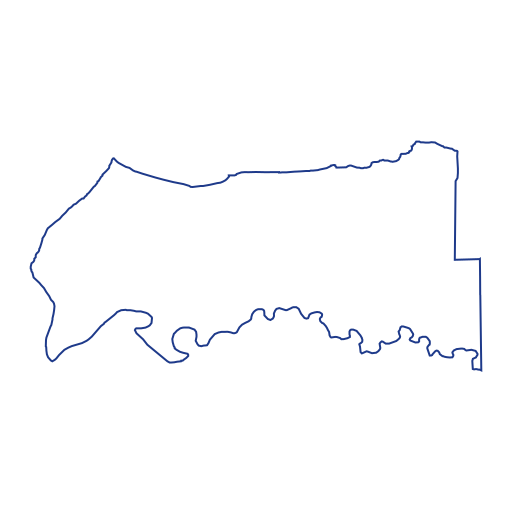 outline of Kiang West, Lower River, Gambia
{"feature_id": "56634734B57370738255875", "entity_name": "Kiang West", "entity_type": "district", "adm_level": 2, "iso_a3": "GMB", "parent_name": "Gambia", "parent_adm1": "Lower River", "projection": "orthographic", "projection_center": [-15.997, 13.345], "detail": "fine", "context": "isolated", "style": "outline", "palette": "blue", "viewbox_px": 512, "rotation_deg": 0, "n_neighbors": 0, "source": "geoboundaries", "source_scale": "gbopen_adm2", "svg_char_len": 6029}
<svg xmlns="http://www.w3.org/2000/svg" viewBox="0 0 512 512"><path d="M71.8,346.1L82.0,343.1L86.6,340.8L88.6,339.4L91.8,336.6L100.9,326.1L103.9,323.8L104.5,322.6L105.5,322.0L114.1,315.1L116.0,313.3L117.0,312.1L121.2,310.2L125.8,309.8L126.8,310.2L130.4,310.2L134.0,310.8L136.2,311.4L140.8,311.4L146.0,312.8L148.0,313.7L151.6,317.0L152.0,318.0L151.5,323.0L149.7,325.4L148.1,326.4L145.5,327.6L141.3,328.3L136.3,328.3L135.5,328.9L134.9,330.1L136.5,333.3L143.1,339.3L147.3,344.7L167.4,361.3L169.6,362.5L171.6,362.5L174.2,362.3L177.2,361.7L181.0,361.3L181.2,360.7L182.6,360.7L184.0,359.5L186.2,358.0L188.2,356.0L188.2,354.8L187.6,353.8L183.2,352.8L180.0,351.8L176.5,349.8L174.7,348.4L174.7,347.4L173.9,346.4L172.7,342.2L172.3,339.0L173.9,333.8L174.9,332.9L176.9,330.7L180.3,328.3L182.5,327.7L184.3,327.5L188.3,327.5L187.7,327.7L188.9,327.5L194.5,329.6L196.1,331.8L196.5,334.6L196.5,336.8L195.7,340.8L197.5,344.2L198.7,345.6L201.3,346.2L203.5,345.6L206.1,345.4L207.1,345.2L208.5,343.0L209.9,339.7L214.7,334.1L218.5,332.5L221.4,331.9L227.8,331.8L230.8,332.4L233.2,333.2L234.6,333.2L235.8,332.8L236.8,332.2L239.4,327.4L242.0,324.7L245.2,322.9L248.6,321.3L250.8,319.5L251.2,318.7L251.4,316.9L252.2,314.2L253.7,312.0L254.5,311.2L256.1,310.0L257.5,309.4L258.3,309.2L261.9,309.2L262.9,309.6L263.7,310.2L264.1,310.8L264.3,312.4L264.4,315.4L267.8,319.0L270.4,320.0L272.8,318.6L273.6,317.2L274.0,316.0L273.9,313.5L275.1,310.7L276.5,308.9L279.3,308.1L285.5,310.1L286.9,310.1L290.7,308.4L292.1,307.6L293.3,307.2L296.3,307.2L298.7,308.8L301.1,313.8L304.5,318.0L306.5,318.6L308.1,318.2L309.5,314.6L311.3,313.4L314.7,312.4L317.1,312.0L319.6,312.3L321.8,313.7L322.1,314.4L322.0,315.7L321.5,317.0L320.7,317.3L319.9,318.7L319.9,319.7L320.4,321.3L322.3,323.1L323.4,323.4L325.8,326.1L327.1,328.2L327.8,329.8L329.1,332.0L329.6,335.4L330.5,337.0L331.2,337.5L335.2,336.9L336.8,337.0L340.0,338.0L341.4,339.2L343.8,339.1L347.5,338.2L349.9,337.0L349.9,335.7L349.5,334.3L349.5,331.6L350.0,330.4L351.1,329.6L353.2,329.6L356.6,330.9L360.4,335.4L361.9,338.0L361.9,338.6L362.2,339.1L362.4,340.0L362.2,341.8L361.1,342.9L359.6,343.8L359.3,344.2L360.0,346.6L360.6,352.1L361.8,353.4L362.4,353.2L366.6,351.3L367.8,351.6L372.0,353.2L376.2,352.7L378.4,351.1L380.0,349.1L380.3,348.0L379.6,343.7L380.4,342.5L381.7,341.4L382.7,341.6L385.7,343.6L389.1,343.6L396.3,341.0L398.8,338.9L399.9,337.6L400.1,336.5L399.7,335.1L399.3,334.4L398.6,331.5L399.7,330.1L400.5,327.3L401.8,326.4L403.4,326.5L407.7,327.8L409.2,328.4L410.1,329.1L413.0,333.7L413.2,334.5L412.7,336.2L411.8,337.3L410.3,338.2L409.7,339.6L410.2,340.4L410.8,340.7L415.4,342.5L418.2,342.3L419.1,341.5L419.1,339.6L419.4,338.3L420.2,337.5L420.7,337.5L422.5,336.8L425.8,336.8L427.3,337.8L429.7,341.1L429.8,341.9L429.8,343.9L429.5,344.8L428.9,345.0L427.5,346.9L427.3,347.6L427.3,348.4L429.7,355.5L431.2,355.5L432.1,355.1L432.6,354.2L435.2,351.3L436.4,350.6L437.7,350.8L439.2,352.4L439.8,354.1L442.5,356.2L443.3,356.2L444.3,356.7L446.8,357.2L449.9,357.5L452.4,357.3L453.2,356.0L453.4,355.0L452.6,353.4L452.4,352.3L453.9,350.4L456.6,349.1L461.0,348.6L462.3,348.6L464.2,348.9L465.4,350.0L466.3,350.5L471.4,349.8L475.6,350.9L477.5,353.8L477.5,354.8L476.7,356.1L476.3,356.6L476.0,357.4L472.9,358.8L472.3,360.9L472.8,369.0L474.1,369.4L475.5,369.1L476.6,369.1L478.2,369.6L479.5,369.6L481.3,370.4L480.3,295.3L480.2,294.7L480.1,277.6L479.9,258.9L479.6,259.1L454.8,259.8L455.6,181.1L457.5,178.0L457.9,173.0L457.9,168.5L457.2,156.4L457.5,151.4L457.2,151.0L456.7,150.8L454.7,150.7L451.9,148.7L451.0,148.7L446.2,147.5L444.4,147.5L443.0,146.2L442.3,146.2L437.2,143.8L435.1,142.5L431.4,142.2L429.0,142.6L425.5,142.6L422.8,142.3L420.6,142.3L419.4,141.6L416.2,141.6L414.8,143.6L414.7,144.1L413.5,144.6L412.6,146.2L411.6,146.4L411.9,147.1L412.0,148.3L411.8,149.5L411.2,150.6L409.6,151.1L409.2,151.4L409.4,151.9L408.6,152.9L407.5,153.0L405.7,153.8L401.3,153.9L400.6,154.8L400.6,155.5L400.2,156.9L399.5,157.7L399.0,159.2L398.4,159.8L396.2,161.1L392.5,161.8L391.5,161.5L390.7,161.5L387.7,160.5L384.2,160.5L383.5,159.9L382.7,159.9L381.3,160.5L379.9,160.5L378.7,161.7L376.7,162.0L374.3,162.0L372.7,162.3L371.6,163.0L371.2,164.8L370.3,166.2L369.5,166.9L366.3,167.8L364.4,167.7L363.1,168.2L360.9,168.2L359.4,167.7L357.0,167.6L350.9,165.5L349.8,165.5L348.2,166.0L346.2,167.3L336.6,167.6L336.6,168.4L336.3,167.0L335.3,166.2L335.3,165.3L334.5,165.0L333.7,165.0L330.9,165.6L330.9,166.0L326.7,168.1L319.9,169.5L317.9,170.1L312.9,170.6L310.7,170.6L309.5,171.0L306.0,171.0L300.2,171.4L294.0,171.7L286.8,172.3L282.2,172.3L281.0,172.5L279.0,172.5L279.0,172.1L265.2,172.2L255.8,172.0L248.4,172.2L244.8,172.1L241.4,172.4L236.6,174.0L236.2,174.8L234.6,175.4L228.8,175.4L229.0,176.6L227.0,178.9L225.4,180.3L222.8,181.7L220.3,182.7L217.3,183.1L209.9,184.8L203.1,186.0L200.7,186.0L192.7,187.0L190.7,186.9L189.3,185.9L183.5,184.1L173.3,182.1L163.5,179.7L155.3,177.5L142.5,173.7L136.5,171.7L135.3,171.5L133.1,170.5L129.5,167.9L125.9,166.9L118.6,162.9L116.8,161.5L113.8,158.3L113.0,158.5L112.0,159.9L111.6,161.1L111.4,162.5L109.3,165.8L109.3,167.0L108.9,168.2L106.1,171.2L102.5,174.6L102.5,175.6L100.7,177.3L100.5,177.9L98.5,181.1L97.5,181.5L97.3,182.9L94.8,186.1L93.8,186.7L89.4,192.2L88.0,193.6L87.0,194.2L86.6,195.4L85.0,196.6L83.6,198.5L82.2,198.5L79.2,200.7L76.0,203.7L73.6,204.7L72.2,206.3L70.7,207.6L68.9,208.6L65.7,212.5L62.3,215.7L59.7,218.8L55.3,222.0L52.1,224.8L47.8,228.3L46.8,230.1L44.8,234.9L42.4,238.5L42.4,239.6L41.4,243.2L40.0,247.6L39.2,249.0L39.2,250.2L38.7,251.4L37.5,252.8L36.9,253.1L35.9,254.7L35.7,255.7L35.7,257.3L34.3,258.7L34.3,259.9L34.1,260.7L33.3,261.9L31.5,263.3L30.7,266.8L30.7,268.7L31.3,269.5L31.3,270.5L31.7,271.7L32.3,272.3L32.5,272.9L33.6,277.5L39.4,282.9L41.2,285.1L44.0,288.1L46.2,291.9L49.2,296.1L51.0,299.8L53.2,302.0L54.0,303.6L54.5,306.2L54.1,310.2L53.5,314.0L52.5,318.3L52.5,319.5L51.3,325.1L50.5,326.5L46.4,337.6L46.0,340.0L45.8,346.4L46.2,347.0L46.4,350.7L46.9,354.3L48.1,357.3L50.9,360.5L52.3,361.3L54.7,359.9L56.3,358.5L59.1,355.0L64.4,349.8L68.4,347.6L71.8,346.1Z" fill="none" stroke="#1e3a8a" stroke-width="2"/></svg>